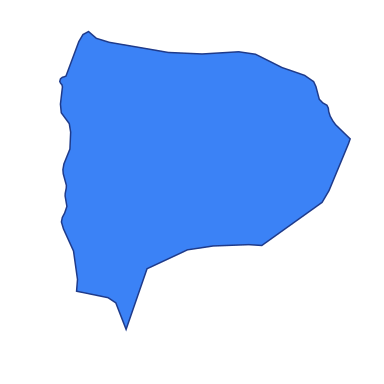 outline of Dikhil, rotated 99°
{"feature_id": "DJI-1569", "entity_name": "Dikhil", "entity_type": "Region", "adm_level": 1, "iso_a3": "DJI", "parent_name": "Djibouti", "parent_adm1": "", "projection": "mercator", "projection_center": [42.104, 11.405], "detail": "fine", "context": "isolated", "style": "filled", "palette": "blue", "viewbox_px": 384, "rotation_deg": 99, "n_neighbors": 0, "source": "natural_earth", "source_scale": "10m", "svg_char_len": 911}
<svg xmlns="http://www.w3.org/2000/svg" viewBox="0 0 384 384"><g transform="rotate(99 192 192)"><path d="M103.5,339.9L100.8,339.6L99.0,338.0L98.2,336.2L97.2,334.6L61.1,327.3L53.5,324.3L51.3,321.4L49.7,319.3L55.2,310.5L57.1,297.2L57.9,237.4L54.1,203.6L46.2,167.8L46.0,150.9L55.0,122.6L59.2,99.0L64.0,89.1L68.5,86.1L80.5,80.8L83.5,76.8L85.2,72.3L87.8,70.5L91.3,69.5L95.5,67.4L99.7,64.1L103.1,60.7L114.8,44.1L119.8,45.0L169.2,56.9L181.9,61.9L233.9,114.7L235.1,127.7L242.0,162.7L249.8,187.4L274.8,224.4L338.0,235.6L313.4,249.9L309.5,258.4L308.1,289.7L308.0,290.4L308.0,290.5L296.3,291.4L268.8,299.8L248.5,313.2L242.0,316.3L237.4,316.1L232.7,314.5L225.8,313.3L215.8,316.7L213.2,317.0L207.7,316.8L205.1,317.1L194.2,322.0L190.1,323.0L184.3,322.9L168.7,319.3L151.9,321.2L143.7,323.9L134.2,333.5L125.8,335.7L108.5,336.4L106.5,337.2L105.1,338.8L103.5,339.9Z" fill="#3b82f6" stroke="#1e3a8a" stroke-width="1.5"/></g></svg>